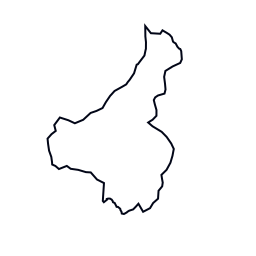 the district of Ethiope East, Delta, Nigeria, rotated 331°
{"feature_id": "59680162B29085579275088", "entity_name": "Ethiope East", "entity_type": "district", "adm_level": 2, "iso_a3": "NGA", "parent_name": "Nigeria", "parent_adm1": "Delta", "projection": "orthographic", "projection_center": [6.0, 5.695], "detail": "fine", "context": "isolated", "style": "outline", "palette": "ink", "viewbox_px": 256, "rotation_deg": 331, "n_neighbors": 0, "source": "geoboundaries", "source_scale": "gbopen_adm2", "svg_char_len": 1599}
<svg xmlns="http://www.w3.org/2000/svg" viewBox="0 0 256 256"><g transform="rotate(331 128 128)"><path d="M208.4,94.0L211.8,86.6L212.0,84.3L211.2,83.4L210.6,80.9L210.7,77.2L209.4,74.9L209.3,74.1L210.3,69.9L209.6,66.5L208.2,63.9L205.5,59.3L201.9,61.2L194.0,56.2L192.5,47.2L187.6,56.3L185.3,61.7L182.0,67.5L181.2,68.3L177.5,72.6L170.2,75.8L167.6,77.0L166.3,76.8L159.8,83.1L152.7,86.7L150.1,87.7L147.6,89.0L142.8,89.1L140.6,89.1L139.4,89.1L136.5,89.1L134.2,89.1L129.9,90.6L128.0,91.2L121.1,94.7L115.4,98.2L108.7,97.8L102.6,96.7L92.8,99.1L83.8,98.1L79.6,92.3L73.5,85.8L64.9,89.7L63.4,95.5L58.1,96.3L52.5,98.3L50.8,102.2L50.3,103.4L48.0,109.5L46.9,116.1L45.1,120.8L44.0,123.2L46.1,126.0L47.7,130.4L56.1,131.5L58.1,135.9L64.2,140.5L69.8,146.2L73.9,148.8L75.9,158.0L80.3,164.5L70.6,179.6L70.9,181.2L74.9,180.5L75.1,179.8L76.4,180.1L78.0,181.0L79.0,182.7L79.2,184.5L78.9,185.5L79.1,186.0L80.0,187.0L79.9,190.5L79.8,191.4L80.4,191.8L81.0,192.2L81.4,193.3L81.8,194.2L82.0,195.1L81.6,196.2L81.7,198.0L81.1,199.8L82.7,201.2L82.9,201.1L83.8,201.3L84.7,201.2L85.7,201.3L86.9,201.0L89.0,200.9L93.1,201.7L97.0,200.5L100.4,199.3L100.6,208.6L108.4,208.8L113.6,205.8L120.0,204.4L124.3,197.7L129.6,195.6L131.9,192.6L133.0,189.3L134.5,185.2L141.4,183.3L145.5,180.7L148.2,179.0L153.4,173.9L157.9,168.5L158.2,163.5L158.3,162.7L157.5,154.6L155.6,147.7L150.3,138.4L148.3,133.0L151.1,132.8L153.5,132.7L158.8,131.1L161.6,126.1L163.0,120.1L164.1,116.1L166.6,114.4L170.0,114.1L176.6,115.6L179.5,112.5L181.8,107.3L184.4,100.8L188.4,96.2L196.9,95.8L205.2,96.4L208.4,94.0Z" fill="none" stroke="#020617" stroke-width="2"/></g></svg>